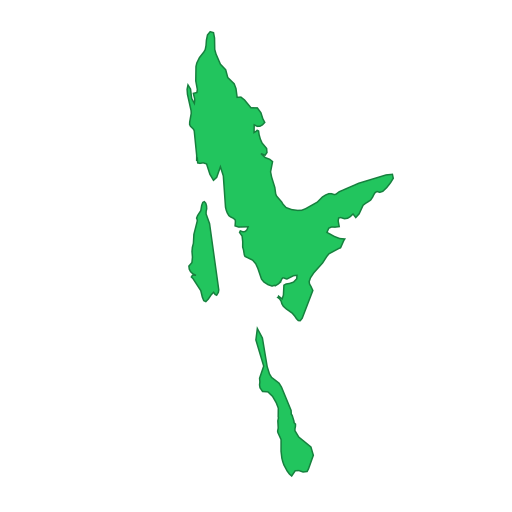 map outline of Masbate (Mercator projection), rotated 206°
{"feature_id": "PHL-2540", "entity_name": "Masbate", "entity_type": "Province", "adm_level": 1, "iso_a3": "PHL", "parent_name": "Philippines", "parent_adm1": "", "projection": "mercator", "projection_center": [123.509, 12.44], "detail": "fine", "context": "isolated", "style": "filled", "palette": "green", "viewbox_px": 512, "rotation_deg": 206, "n_neighbors": 0, "source": "natural_earth", "source_scale": "10m", "svg_char_len": 3713}
<svg xmlns="http://www.w3.org/2000/svg" viewBox="0 0 512 512"><g transform="rotate(206 256 256)"><path d="M392.1,419.2L393.2,423.3L395.2,428.3L396.5,433.4L395.5,437.5L392.1,438.1L388.8,433.7L383.6,423.5L380.5,420.0L372.1,412.8L364.9,410.1L359.6,404.0L351.1,401.2L347.4,397.7L342.5,390.3L339.2,392.2L334.7,391.2L325.5,387.0L319.7,389.7L314.4,386.9L310.0,382.3L306.7,379.9L307.7,376.7L309.3,374.4L311.7,373.1L315.1,373.1L311.9,366.1L310.4,368.4L310.1,369.5L308.5,369.5L306.4,366.4L303.4,363.0L300.1,360.2L293.6,357.3L291.5,353.8L292.0,350.6L296.4,350.2L291.0,348.5L286.1,348.9L282.5,348.1L279.8,338.0L276.6,333.8L269.1,325.8L265.5,320.4L263.8,318.9L256.6,315.8L254.7,314.5L250.3,312.7L244.4,313.3L238.6,315.2L235.0,317.1L232.1,320.3L224.5,331.3L222.2,338.1L220.2,341.3L217.8,344.0L215.4,345.1L212.5,345.5L211.2,346.6L209.4,350.2L195.6,366.4L174.6,385.9L169.2,389.2L166.7,386.0L167.2,380.9L168.5,374.8L170.4,369.7L172.7,367.5L175.5,367.0L176.7,365.3L177.0,362.9L177.0,359.9L177.5,356.5L179.0,353.9L180.6,351.4L182.0,348.6L181.8,339.0L183.2,334.3L187.2,336.3L188.5,332.8L190.2,330.1L192.8,328.3L196.7,327.7L198.4,326.4L197.5,323.5L194.1,318.9L197.6,316.6L200.8,315.2L202.8,312.9L202.6,308.3L194.0,307.9L188.4,308.4L183.7,310.2L183.9,308.4L183.6,300.6L183.9,300.0L184.5,299.6L191.4,290.0L192.2,286.6L193.1,279.0L196.7,266.2L197.5,260.3L197.0,256.3L195.6,254.3L193.1,252.6L189.8,249.9L187.2,220.3L187.9,217.2L189.7,216.5L192.2,217.4L194.7,218.9L198.4,220.5L205.6,221.7L209.4,222.8L211.8,224.4L213.6,226.4L215.9,227.8L218.2,228.3L217.9,228.7L218.1,229.8L213.7,228.9L214.2,232.8L218.1,242.0L216.7,244.0L213.7,246.1L210.8,249.0L209.4,253.4L210.7,256.6L213.6,254.8L218.1,248.9L218.7,248.7L221.3,248.5L222.3,248.1L222.7,247.0L222.7,244.6L223.0,243.7L222.5,243.5L223.8,240.5L225.7,237.6L226.6,237.7L228.4,236.0L232.7,235.5L237.5,236.1L241.0,237.7L248.9,245.7L252.8,248.9L257.2,250.8L265.7,250.8L267.0,251.9L269.9,256.0L271.9,258.2L274.2,263.0L277.2,267.8L281.1,270.0L281.1,271.7L278.2,272.0L276.4,273.4L275.6,275.7L275.9,278.8L284.3,274.4L288.0,273.9L289.6,277.9L290.7,279.5L293.2,280.0L296.0,280.0L298.1,280.4L300.8,282.2L302.9,284.2L304.8,286.5L320.5,313.7L327.1,320.6L325.8,309.4L327.4,305.4L333.2,309.2L340.8,317.1L344.3,316.6L347.0,314.7L349.2,314.1L351.0,317.1L351.0,315.4L353.4,320.4L366.5,341.6L368.1,342.7L371.8,343.9L373.3,345.1L374.3,347.3L376.7,355.7L378.0,358.1L388.5,371.3L391.0,375.6L392.1,379.9L388.0,377.3L382.9,369.4L378.3,366.1L379.2,368.8L380.2,370.6L383.6,374.7L380.8,377.0L381.7,379.9L386.9,387.0L393.0,400.0L393.8,403.5L393.8,409.6L392.3,416.5L392.1,419.2ZM199.2,147.7L200.8,160.4L219.3,180.5L223.0,191.4L214.3,185.1L197.5,161.5L192.2,155.9L188.8,153.7L179.5,151.8L175.6,149.3L156.8,132.6L154.8,129.1L153.8,128.8L149.4,124.1L148.8,122.9L146.8,122.2L145.9,120.3L145.3,118.0L144.5,116.1L138.2,112.0L122.9,108.4L117.1,102.0L115.5,87.7L115.6,84.7L119.0,82.5L123.3,82.0L126.6,80.2L127.5,73.9L130.4,74.7L133.7,76.4L139.3,80.4L141.8,82.9L144.1,85.6L147.9,91.5L153.0,102.0L158.9,106.9L159.8,108.1L160.6,111.1L164.1,117.4L164.9,120.5L165.5,121.1L169.3,129.1L173.5,133.0L179.6,137.1L185.8,139.1L190.7,137.1L194.6,139.3L196.3,141.7L197.3,144.5L199.2,147.7ZM325.5,272.6L327.0,277.7L327.3,280.8L326.3,282.2L324.3,281.4L322.4,279.3L321.0,276.8L320.4,274.3L319.3,271.9L311.9,264.7L274.6,209.2L273.9,206.8L274.2,203.5L275.9,203.5L278.2,204.8L279.3,201.4L280.0,196.4L281.1,193.0L283.4,193.0L286.2,195.5L290.5,200.7L302.8,208.1L304.9,208.8L304.7,210.5L304.0,211.4L301.5,212.3L305.0,212.3L307.9,213.2L310.2,214.9L311.9,217.5L310.7,222.0L312.6,227.1L315.5,232.0L317.0,235.9L317.8,239.9L321.3,248.2L324.1,261.6L324.7,262.8L326.0,264.0L326.2,266.8L325.5,272.6Z" fill="#22c55e" stroke="#15803d" stroke-width="1.5"/></g></svg>